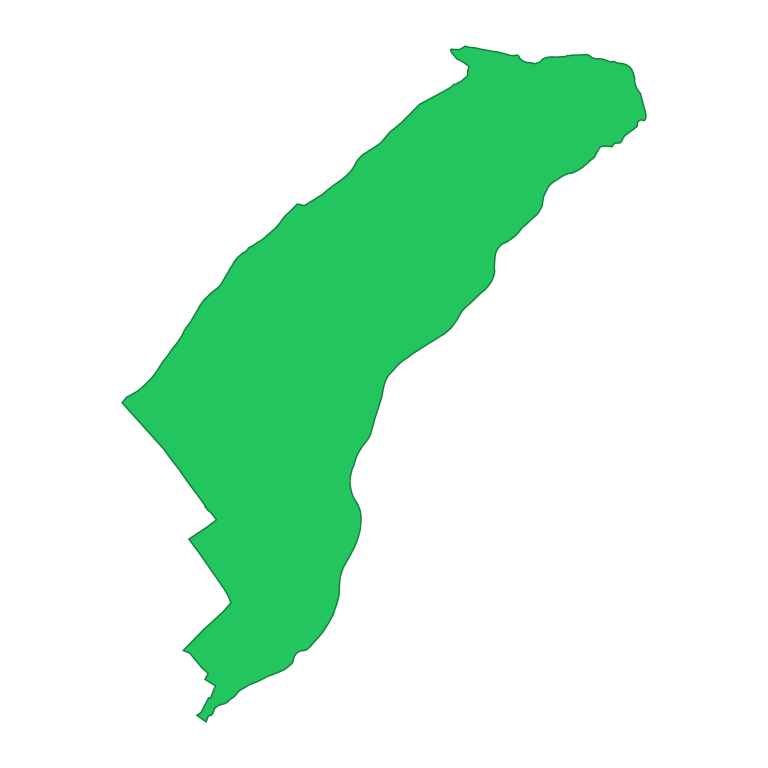 outline of San Miguel, Corrientes, Argentina
{"feature_id": "61730980B60061782271910", "entity_name": "San Miguel", "entity_type": "district", "adm_level": 2, "iso_a3": "ARG", "parent_name": "Argentina", "parent_adm1": "Corrientes", "projection": "mercator", "projection_center": [-57.327, -27.944], "detail": "fine", "context": "isolated", "style": "filled", "palette": "green", "viewbox_px": 768, "rotation_deg": 0, "n_neighbors": 0, "source": "geoboundaries", "source_scale": "gbopen_adm2", "svg_char_len": 6018}
<svg xmlns="http://www.w3.org/2000/svg" viewBox="0 0 768 768"><path d="M640.4,93.5L639.0,91.7L637.1,88.9L635.7,85.8L634.7,82.5L634.6,78.3L633.8,74.8L632.7,71.8L632.3,70.7L632.0,69.8L629.5,66.8L626.6,64.9L623.0,63.6L620.0,63.3L617.6,63.1L615.9,62.3L613.4,61.4L612.0,61.8L610.1,61.8L607.5,60.8L603.1,59.2L599.5,58.7L596.2,58.8L593.4,58.2L591.7,57.4L589.8,55.8L588.9,55.4L587.5,54.6L585.7,54.6L580.5,55.0L572.6,55.1L571.1,55.4L567.2,55.6L565.1,56.6L556.6,57.1L556.2,57.1L550.9,56.9L546.5,57.5L543.9,58.5L542.4,59.4L540.7,61.4L539.7,62.1L535.6,63.6L534.8,63.7L533.0,63.3L531.1,62.7L528.5,62.6L526.3,62.5L524.8,61.8L522.6,60.8L520.7,59.3L519.6,58.0L518.8,56.2L517.8,55.2L516.6,55.1L515.5,55.3L514.0,55.8L511.8,55.6L509.8,55.4L506.8,54.3L498.9,52.4L496.1,51.7L493.5,51.5L480.2,49.1L475.9,48.0L471.8,47.5L468.9,47.4L465.6,46.2L465.4,46.1L459.7,49.6L454.2,49.5L452.5,49.1L450.6,49.6L450.9,51.2L452.2,53.4L453.8,55.3L456.7,58.8L459.8,60.2L461.8,61.4L463.1,62.1L464.9,63.4L467.3,65.2L469.1,66.2L468.5,68.4L467.8,70.5L467.7,71.9L467.6,73.2L467.7,74.0L467.5,75.0L467.1,75.8L467.0,76.7L466.4,77.2L465.3,77.6L463.1,79.6L461.7,81.0L459.6,82.0L456.3,84.0L454.0,84.4L451.0,87.1L444.1,91.2L436.3,95.4L419.7,104.2L412.6,111.3L409.7,114.3L400.7,123.3L389.7,132.2L384.4,138.6L380.7,143.0L375.3,146.7L373.1,148.2L368.8,150.7L366.2,152.7L363.4,154.2L361.6,155.8L358.1,159.5L355.5,163.5L354.3,166.0L352.5,168.8L350.8,171.2L347.2,174.8L345.0,177.1L341.3,179.9L334.4,184.8L327.1,190.4L322.3,194.6L318.3,196.9L315.4,198.9L311.0,201.5L304.3,205.7L297.5,204.0L296.2,205.2L294.0,207.4L291.3,210.2L288.9,212.5L286.3,214.7L284.1,217.2L281.9,219.9L280.2,222.6L278.1,225.1L274.9,228.7L273.8,229.6L270.9,232.1L268.4,234.3L266.3,236.1L264.0,238.2L260.6,240.7L257.1,242.7L253.5,245.4L248.4,248.1L247.1,250.3L244.9,251.9L242.0,253.7L239.8,255.6L238.0,257.0L236.5,258.8L234.3,261.6L232.5,264.8L230.4,268.3L228.7,271.0L226.8,274.4L225.5,276.6L224.0,279.1L223.2,280.5L222.4,281.8L220.6,285.0L218.5,287.2L216.2,289.0L213.2,291.4L210.0,294.0L207.4,296.8L204.3,299.6L201.6,303.2L199.5,306.3L197.3,310.4L194.6,315.0L190.7,321.7L186.1,327.8L184.2,330.7L183.0,333.6L181.3,336.8L179.3,339.7L177.1,342.8L174.4,346.4L171.7,349.7L169.2,353.4L166.2,357.7L164.0,360.2L160.9,364.6L158.8,368.0L156.5,371.7L154.2,374.8L150.8,378.9L149.4,380.3L147.9,381.8L143.9,385.7L141.3,388.2L139.9,389.3L138.7,390.2L137.3,391.3L134.1,393.1L130.4,395.3L126.4,397.4L122.1,402.8L124.7,405.6L129.5,411.1L137.1,419.4L146.9,430.4L149.3,433.1L152.0,436.0L158.6,443.4L163.8,449.1L169.6,457.2L179.4,470.0L186.5,480.2L190.1,485.2L197.4,494.9L203.1,502.8L205.4,505.8L204.9,506.5L208.0,510.4L210.7,512.4L216.5,519.8L206.2,527.6L194.1,535.7L190.4,538.1L188.9,539.1L193.5,545.3L196.6,549.4L200.0,554.2L205.1,561.4L211.3,570.4L217.1,578.7L224.3,589.2L228.5,596.4L230.9,603.0L223.0,611.9L203.4,629.8L183.3,650.5L189.8,653.2L202.3,668.3L205.9,671.4L208.1,673.6L205.0,679.3L211.4,683.3L215.4,685.8L210.5,698.2L208.5,697.9L201.1,712.4L196.9,715.4L204.4,720.6L206.0,721.9L207.1,719.4L207.8,717.1L209.0,715.9L209.9,715.2L211.1,715.4L212.8,713.5L213.9,710.5L214.4,709.0L216.0,707.1L217.4,706.0L220.7,704.6L224.2,703.9L227.5,702.0L230.2,699.2L232.5,697.9L233.6,697.0L234.9,695.9L236.2,694.6L237.8,692.3L240.2,690.1L244.3,687.8L249.2,684.9L254.3,682.8L258.5,681.2L263.7,678.4L268.0,676.3L271.7,674.9L276.1,673.2L280.3,671.5L282.1,670.6L283.5,669.9L285.3,669.0L286.7,667.9L288.2,666.7L290.0,665.2L292.0,663.5L292.9,661.9L293.3,659.3L293.9,657.6L294.8,655.6L296.1,653.9L297.8,652.3L300.9,650.8L303.5,650.6L305.2,650.3L306.4,649.8L309.0,647.8L312.5,643.9L315.5,640.5L318.7,637.1L321.5,633.7L323.3,631.3L325.7,627.6L328.3,623.5L330.3,620.0L333.0,615.0L335.5,607.5L337.0,603.3L337.7,600.7L338.3,598.2L338.9,595.4L339.1,593.7L339.3,591.7L339.3,587.6L339.5,584.7L339.7,581.8L339.8,580.7L339.9,579.8L340.1,578.2L340.5,575.8L341.5,572.3L343.2,567.8L345.0,564.4L346.4,561.9L347.6,559.8L349.3,557.0L351.6,552.6L352.8,550.4L354.7,546.5L357.2,540.5L358.5,536.2L359.5,532.7L360.4,528.4L360.8,522.9L361.1,517.5L360.3,511.0L358.1,505.2L353.2,497.0L351.6,492.5L350.6,487.9L349.9,482.6L350.1,478.1L351.3,472.3L352.4,468.6L353.7,465.7L355.2,460.7L356.7,456.3L359.1,451.5L362.1,446.8L363.8,444.4L367.5,439.8L369.4,436.9L370.8,433.5L372.1,428.6L373.4,424.5L374.7,419.1L376.0,415.0L378.0,409.0L380.0,402.6L381.7,397.1L383.1,389.6L384.0,385.5L385.8,380.1L387.8,376.5L389.9,373.7L392.9,370.7L396.4,366.7L399.6,363.5L402.2,361.3L404.8,359.4L409.6,356.1L412.0,354.2L419.3,349.5L429.6,342.9L436.3,338.8L444.9,333.4L451.0,328.1L454.1,324.0L456.5,320.7L459.1,316.2L461.9,311.2L465.2,307.6L470.9,302.7L473.4,300.2L478.4,295.4L482.2,291.9L485.5,289.2L488.2,286.1L490.7,282.8L492.6,279.1L494.2,274.5L494.7,271.5L494.3,267.9L494.8,259.0L495.4,254.2L495.9,252.5L496.6,250.8L497.9,248.4L499.2,246.9L502.0,244.2L503.5,243.4L506.5,242.1L509.9,239.9L511.9,238.4L515.3,235.9L517.8,233.2L519.3,231.7L520.7,229.4L523.0,226.9L525.9,224.6L527.7,223.1L529.6,220.9L531.9,218.9L537.2,214.4L537.9,213.4L538.9,212.0L540.7,208.7L542.0,206.0L542.4,204.2L543.1,199.4L543.3,197.8L543.7,196.5L544.9,193.9L545.5,192.5L546.4,190.8L547.3,188.8L548.1,187.3L549.7,185.2L551.2,183.8L552.8,182.5L553.7,181.8L555.9,180.4L556.6,180.0L560.1,177.7L562.7,176.0L565.7,174.6L568.3,173.6L572.4,172.9L576.1,171.3L578.4,170.0L582.4,167.5L584.7,165.4L587.9,162.9L589.8,160.9L591.8,159.4L594.4,157.2L595.6,154.8L596.5,153.1L597.4,151.4L598.2,150.5L599.3,148.2L600.3,147.0L601.9,146.4L603.4,146.2L605.9,146.2L607.2,146.2L609.0,146.3L610.4,146.5L611.7,146.8L612.7,146.0L613.1,145.0L613.8,144.2L615.0,143.1L616.1,143.2L617.3,143.1L618.3,143.0L619.8,143.0L620.8,142.3L621.6,141.2L622.2,140.1L622.7,138.9L623.2,137.9L624.2,136.4L625.0,135.5L626.1,134.7L628.0,133.2L629.9,131.8L631.7,130.5L633.3,129.5L634.6,128.3L635.6,127.5L636.3,127.0L637.3,126.2L637.4,124.8L637.5,123.6L637.6,122.5L638.1,121.4L639.1,120.9L639.9,120.1L641.9,119.9L642.9,120.3L643.6,120.6L644.7,120.3L645.4,119.3L645.8,117.8L645.9,115.7L645.8,113.7L640.4,93.5Z" fill="#22c55e" stroke="#15803d" stroke-width="1.5"/></svg>